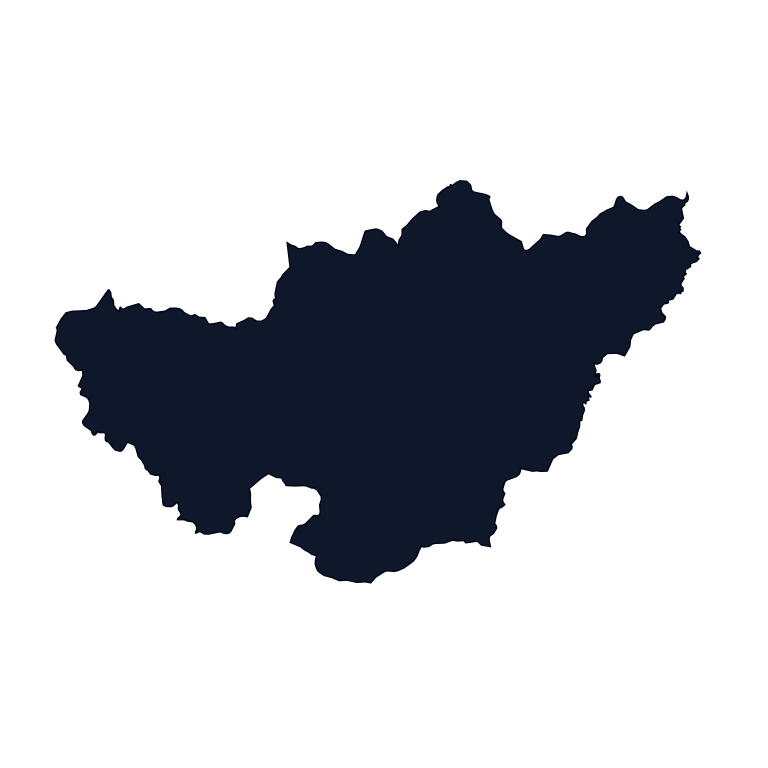 outline of Phu Luong, Thái Nguyên, Vietnam, rotated 266°
{"feature_id": "81297802B92827581567655", "entity_name": "Phu Luong", "entity_type": "district", "adm_level": 2, "iso_a3": "VNM", "parent_name": "Vietnam", "parent_adm1": "Thái Nguyên", "projection": "orthographic", "projection_center": [105.735, 21.765], "detail": "fine", "context": "isolated", "style": "filled", "palette": "ink", "viewbox_px": 768, "rotation_deg": 266, "n_neighbors": 0, "source": "geoboundaries", "source_scale": "gbopen_adm2", "svg_char_len": 6131}
<svg xmlns="http://www.w3.org/2000/svg" viewBox="0 0 768 768"><g transform="rotate(266 384 384)"><path d="M462.9,61.2L462.0,61.8L459.6,61.8L450.5,59.1L447.0,60.1L436.3,66.8L434.8,69.2L429.9,69.8L423.4,75.6L420.9,76.8L419.8,77.7L418.8,79.9L418.8,84.1L418.4,84.3L413.3,84.3L403.5,79.1L402.7,79.7L400.6,83.0L396.9,80.5L394.6,80.7L391.5,86.5L389.0,88.5L384.7,89.3L377.8,88.2L374.9,86.5L369.0,81.5L367.4,80.7L365.7,80.9L363.5,82.1L357.9,88.9L355.3,89.4L353.3,90.9L353.6,92.5L356.4,95.3L355.4,96.7L355.0,102.0L353.0,102.8L348.9,102.1L346.7,102.5L345.3,105.3L339.6,109.1L337.0,111.3L335.4,115.8L335.7,117.6L337.4,119.4L343.2,123.5L343.7,124.3L340.8,130.1L339.3,131.3L336.8,132.2L328.5,133.9L325.6,136.6L320.0,139.5L316.3,140.1L314.1,142.7L310.5,145.0L308.9,149.5L308.9,152.8L307.6,153.8L305.6,153.9L302.5,152.7L297.9,155.2L289.1,154.9L279.8,155.2L278.4,155.8L277.1,158.1L276.6,163.3L277.2,165.0L280.1,168.9L279.3,170.1L277.6,170.6L273.1,170.2L270.0,172.0L267.5,172.4L266.9,172.2L264.0,168.7L263.1,168.6L262.6,175.3L261.0,178.5L260.0,183.2L259.0,184.6L256.6,186.4L254.2,187.2L252.2,187.1L249.3,185.7L248.4,185.9L249.6,189.5L249.5,190.5L246.9,194.4L246.6,199.0L248.1,210.1L246.1,214.5L245.8,217.6L246.4,219.4L247.8,220.9L254.9,225.2L258.2,225.1L260.1,226.5L262.0,230.9L262.1,234.7L261.2,238.4L270.2,242.8L275.7,242.4L284.7,243.1L289.1,242.2L298.3,254.5L302.8,262.5L298.4,270.0L297.5,275.5L293.8,276.7L292.9,277.7L289.6,279.4L288.6,287.2L288.3,296.6L287.8,299.4L285.3,304.7L285.2,306.3L284.4,308.0L282.5,310.2L276.3,313.6L273.1,313.5L267.7,311.4L260.5,311.5L258.1,310.5L257.3,309.1L257.7,304.7L250.1,296.1L248.8,293.2L248.6,289.5L248.0,288.3L244.4,285.3L237.7,281.5L232.6,279.4L227.6,289.3L224.1,293.3L221.1,298.0L218.9,300.3L218.5,302.3L217.2,304.4L216.5,304.7L213.3,303.4L208.8,302.9L205.5,303.7L202.7,304.7L201.2,305.9L197.3,310.7L194.7,318.4L191.0,325.7L191.0,333.3L188.1,343.0L188.0,351.8L186.6,356.9L191.9,362.2L197.0,371.6L197.5,374.4L196.4,380.8L196.8,384.3L198.9,390.5L201.6,395.0L205.2,400.7L207.3,402.7L210.7,405.2L216.2,407.6L219.5,410.2L218.6,412.3L218.9,417.5L221.1,421.3L221.5,423.8L221.2,433.4L223.5,441.5L222.3,446.5L222.4,452.4L219.9,454.6L220.8,466.2L216.6,470.0L214.4,478.8L220.7,477.9L223.4,478.1L225.0,478.9L227.3,482.7L231.9,486.0L233.4,486.3L235.0,485.9L237.1,484.6L244.3,486.5L250.6,489.2L252.0,490.5L254.0,494.7L255.3,496.0L257.8,494.4L259.3,494.2L260.9,494.3L266.5,496.8L268.5,495.3L271.1,495.1L277.3,497.4L279.4,499.1L282.5,509.6L284.2,512.1L286.0,513.3L289.9,514.6L289.9,515.7L286.7,526.0L286.8,530.6L285.9,534.7L285.8,540.8L297.7,547.1L301.5,552.8L302.7,562.9L306.3,566.8L308.2,567.2L310.8,566.5L316.4,572.0L321.8,573.5L327.9,576.1L332.7,576.5L333.6,576.9L334.1,578.7L339.4,579.9L344.0,582.1L346.8,581.8L348.2,580.7L351.5,580.9L351.7,582.0L350.4,583.9L353.0,584.5L353.5,587.1L358.1,587.1L356.7,589.1L356.9,589.5L361.0,587.1L363.2,587.2L363.7,591.2L368.2,593.6L369.0,594.5L370.2,599.5L371.3,599.9L374.9,599.0L377.9,599.8L378.9,599.5L379.3,598.9L379.2,597.3L378.5,596.5L376.8,596.6L376.5,596.0L377.6,595.0L383.1,596.4L386.8,595.1L389.9,595.3L388.9,598.0L390.3,601.6L392.6,603.1L395.0,603.5L398.9,608.9L398.5,618.7L395.4,625.9L404.2,631.7L411.0,633.0L416.1,635.7L416.9,636.6L420.1,645.9L420.2,648.3L419.4,651.7L420.4,653.3L423.5,656.1L425.1,658.9L426.5,667.1L429.1,668.9L431.5,669.4L435.4,666.1L440.1,665.0L444.3,668.4L445.1,673.1L445.7,673.5L447.7,672.8L448.1,673.2L448.1,675.8L448.8,678.3L453.7,681.8L454.4,684.0L453.5,685.7L453.7,686.3L455.8,686.3L455.4,687.6L456.0,688.8L458.8,689.0L462.0,686.8L464.6,687.9L468.2,690.6L469.9,690.1L470.7,690.3L472.8,693.1L474.3,692.0L477.0,692.7L479.7,697.8L482.1,698.1L482.9,698.7L484.6,704.4L486.0,705.3L486.3,706.6L487.4,706.7L488.6,705.4L490.7,706.6L492.6,708.9L494.5,707.9L494.7,705.2L499.1,699.0L500.1,698.1L504.7,697.2L510.0,694.2L512.3,691.2L515.0,688.9L517.6,690.6L518.9,689.4L520.2,690.6L522.0,688.8L528.5,694.2L538.2,692.8L539.8,694.0L541.7,696.5L542.3,696.2L544.1,697.0L545.0,699.2L547.0,700.3L549.7,700.6L553.1,699.6L548.8,698.4L546.7,696.2L546.4,694.5L547.0,692.4L549.7,688.3L551.0,685.3L551.0,679.4L546.3,671.3L544.4,666.6L539.3,658.9L538.9,655.9L539.8,650.6L540.4,649.2L545.3,643.0L548.7,637.6L553.7,635.0L554.4,633.3L554.2,630.9L552.1,629.0L546.2,626.7L544.1,625.3L541.9,618.8L538.4,611.5L535.5,608.6L531.7,602.9L524.6,596.9L519.9,596.8L517.3,595.3L516.9,592.5L517.5,589.7L519.9,586.0L522.5,578.0L522.2,576.1L519.3,570.7L518.9,568.0L520.7,560.8L521.8,553.9L521.5,553.1L517.6,550.5L508.1,538.6L507.2,536.3L507.4,533.9L508.3,532.8L509.8,532.2L516.4,530.8L523.7,519.7L526.2,516.5L530.8,512.5L532.1,512.0L537.7,512.5L539.5,512.0L544.9,506.5L546.5,505.3L550.1,503.9L561.1,501.2L562.8,502.4L563.7,502.4L565.9,498.5L569.2,486.8L571.1,484.9L576.3,484.2L579.5,481.5L580.5,480.1L581.4,473.9L579.6,469.6L577.2,466.3L578.2,464.2L576.1,463.3L576.1,461.4L573.0,455.8L569.2,451.3L567.8,450.4L563.9,449.5L561.3,449.7L557.3,451.5L552.9,441.6L554.0,437.3L552.8,431.7L546.4,423.7L540.4,417.9L537.1,413.0L531.1,412.4L526.4,409.1L520.3,407.9L524.3,405.6L527.9,402.8L530.7,396.7L536.5,392.6L538.8,388.3L539.1,386.2L538.0,376.8L537.2,375.7L522.5,369.8L515.1,364.8L514.7,363.0L515.7,356.8L519.3,350.8L521.6,344.5L528.1,337.2L529.2,335.0L529.8,330.9L529.6,325.7L526.4,322.1L526.6,316.8L525.5,314.4L524.6,309.5L525.0,307.7L527.2,305.2L529.1,300.8L531.7,297.3L507.0,298.5L499.7,290.4L497.8,289.4L493.2,284.9L481.6,281.6L476.4,281.9L476.1,280.3L474.4,279.3L469.9,280.2L466.2,276.6L457.8,271.4L455.4,267.0L455.1,265.2L455.6,261.1L458.8,256.8L459.3,253.3L457.2,249.3L454.3,241.4L450.4,240.3L451.3,236.5L451.3,233.4L453.2,229.4L456.3,226.8L457.0,225.5L455.9,217.6L456.0,213.2L462.7,209.9L463.4,204.2L466.3,200.1L465.2,196.7L465.6,195.3L469.0,189.7L472.0,187.3L473.2,185.3L474.1,181.7L474.4,175.7L471.9,170.9L471.3,162.5L471.8,159.9L473.2,158.0L475.5,156.5L475.4,150.3L481.1,145.0L478.3,132.4L477.4,131.3L476.8,129.0L477.0,128.2L478.9,126.4L478.4,125.8L474.9,124.8L477.3,122.0L481.1,119.8L486.6,119.8L489.5,117.9L494.2,117.7L497.0,116.3L497.0,115.5L481.5,102.7L479.9,100.7L477.9,92.4L478.2,77.8L477.2,71.9L471.8,66.9L462.9,61.2Z" fill="#0f172a" stroke="#020617" stroke-width="1.5"/></g></svg>